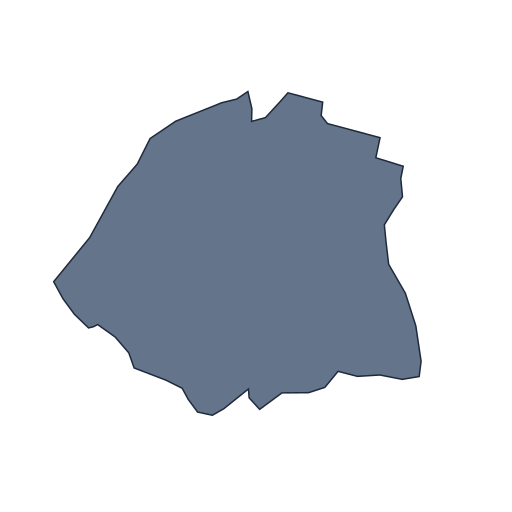 SVG path tracing the border of Kyenjojo, rotated 285°
{"feature_id": "UGA-3107", "entity_name": "Kyenjojo", "entity_type": "District", "adm_level": 1, "iso_a3": "UGA", "parent_name": "Uganda", "parent_adm1": "", "projection": "albers", "projection_center": [30.656, 0.613], "detail": "fine", "context": "isolated", "style": "filled", "palette": "slate", "viewbox_px": 512, "rotation_deg": 285, "n_neighbors": 0, "source": "natural_earth", "source_scale": "10m", "svg_char_len": 824}
<svg xmlns="http://www.w3.org/2000/svg" viewBox="0 0 512 512"><g transform="rotate(285 256 256)"><path d="M125.6,283.1L100.1,264.4L90.9,255.1L90.1,240.0L99.9,227.7L109.1,219.0L112.8,200.9L116.3,167.3L129.5,158.2L141.3,140.9L148.8,120.8L145.6,117.3L143.2,112.9L152.6,95.8L164.7,80.7L178.8,67.2L230.8,90.6L287.4,104.5L314.0,117.5L342.1,123.3L365.4,143.5L395.1,183.1L402.5,196.6L412.8,205.6L397.2,213.9L384.9,216.9L392.1,229.3L411.6,239.5L421.9,244.6L421.9,280.6L408.5,282.6L402.4,290.8L402.4,345.2L381.9,346.3L380.8,375.0L368.3,375.8L351.1,382.2L336.7,377.1L319.3,371.9L302.9,378.1L282.3,386.3L258.7,409.9L230.0,428.4L197.1,442.7L181.8,444.8L174.7,429.2L173.1,406.4L166.0,385.2L165.8,365.1L146.9,356.5L137.6,342.2L130.5,316.5L108.8,299.2L117.2,286.1L125.6,283.1Z" fill="#64748b" stroke="#1e293b" stroke-width="1.5"/></g></svg>